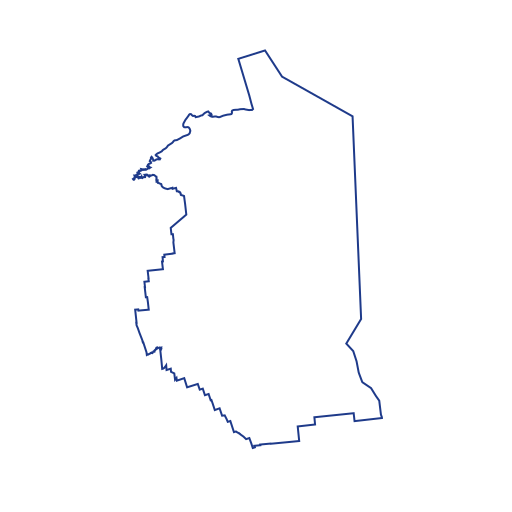 the district of San Justo, Córdoba, Argentina, rotated 342°
{"feature_id": "61730980B4375422681595", "entity_name": "San Justo", "entity_type": "district", "adm_level": 2, "iso_a3": "ARG", "parent_name": "Argentina", "parent_adm1": "Córdoba", "projection": "robinson", "projection_center": [-62.92, -31.204], "detail": "fine", "context": "isolated", "style": "outline", "palette": "blue", "viewbox_px": 512, "rotation_deg": 342, "n_neighbors": 0, "source": "geoboundaries", "source_scale": "gbopen_adm2", "svg_char_len": 6054}
<svg xmlns="http://www.w3.org/2000/svg" viewBox="0 0 512 512"><g transform="rotate(342 256 256)"><path d="M300.1,63.0L299.2,101.4L298.7,110.0L298.6,115.3L297.3,115.9L296.6,115.6L294.5,115.1L291.1,113.3L290.0,112.5L286.3,111.5L284.1,111.3L280.8,110.4L279.6,110.2L278.2,110.4L277.6,111.2L277.4,112.5L276.5,113.4L275.3,113.3L272.3,112.7L268.1,112.4L264.4,112.7L263.3,112.4L262.3,111.8L261.2,111.0L260.1,110.6L257.7,110.2L256.6,109.6L255.8,108.8L255.1,107.8L257.4,107.9L257.3,106.7L256.6,106.2L255.7,105.1L255.3,103.8L254.2,103.7L251.7,104.1L250.4,104.6L248.5,105.6L247.3,105.4L244.9,105.7L241.5,105.3L241.4,104.1L240.5,103.5L239.4,103.4L238.6,102.4L238.2,101.2L237.2,100.6L236.1,100.9L235.2,101.7L232.3,103.8L231.2,104.5L228.5,107.0L227.7,107.9L227.2,109.0L227.0,110.2L227.5,111.3L228.6,111.8L231.0,112.3L231.8,113.1L232.2,114.3L232.3,115.4L232.2,116.7L230.8,118.8L229.7,119.4L228.6,119.7L223.7,119.8L220.1,120.7L216.6,121.3L214.2,120.9L213.1,121.3L212.2,122.0L211.0,122.6L206.3,123.8L205.5,124.5L204.4,125.2L203.3,125.7L200.9,126.2L199.8,126.6L198.8,127.3L196.3,127.8L194.1,128.0L192.9,128.4L191.8,129.0L192.2,130.1L193.2,130.8L193.6,131.9L194.3,132.8L195.1,133.7L194.4,134.4L193.2,134.0L192.2,133.5L191.0,133.4L189.8,133.8L188.6,133.9L187.7,133.6L188.1,132.5L187.8,131.5L187.8,130.4L187.3,129.4L186.4,130.1L186.1,131.2L185.1,132.0L184.3,132.9L185.0,133.9L185.0,135.0L183.7,135.3L182.6,135.3L181.9,135.6L182.0,135.8L181.6,136.2L181.0,136.4L181.0,136.9L180.7,137.0L180.2,137.2L180.3,137.5L180.6,137.8L180.8,137.8L180.8,138.1L181.8,138.5L182.1,138.2L182.3,138.7L182.9,139.2L182.2,139.4L181.7,139.3L181.4,139.6L181.0,139.4L180.5,139.4L177.9,140.0L177.3,139.7L177.6,139.6L177.7,139.4L177.5,139.1L177.3,139.1L177.0,139.3L176.6,139.3L175.8,138.8L175.6,138.9L175.6,139.1L175.8,139.4L175.4,139.3L175.3,138.9L175.1,138.6L174.8,138.5L173.9,137.9L173.7,137.8L173.7,138.1L174.0,138.4L173.9,138.5L174.1,138.9L173.9,139.1L173.0,139.3L172.5,139.2L172.1,139.3L172.1,138.9L171.9,138.8L171.7,138.9L171.3,138.7L171.0,138.7L170.9,139.2L170.6,139.8L170.0,139.9L169.0,139.9L168.9,140.0L169.0,140.9L169.4,141.0L170.4,141.0L170.9,141.8L170.6,141.9L170.2,141.7L169.8,141.6L168.1,141.9L167.4,141.8L166.2,142.2L165.3,141.9L165.4,142.5L165.5,142.7L165.0,143.2L164.6,144.2L164.2,144.7L163.6,145.0L163.3,144.9L163.2,144.6L162.9,144.7L163.0,144.9L162.9,145.2L163.2,145.7L163.5,145.8L164.2,145.4L164.3,145.2L164.2,144.8L165.0,144.3L165.1,143.8L165.6,143.8L166.1,143.6L166.9,144.1L167.9,143.8L168.0,144.1L168.3,144.0L168.3,144.3L168.6,144.5L168.2,145.0L168.2,145.8L168.4,146.0L168.8,145.8L168.9,145.0L169.0,145.0L169.2,145.4L169.5,145.5L169.8,145.3L169.7,144.8L170.0,144.8L170.4,145.1L170.1,145.3L170.1,145.9L170.5,146.1L170.9,145.7L171.2,145.6L171.5,145.3L171.4,145.9L171.7,146.3L171.8,146.5L172.0,146.7L172.4,146.4L172.8,146.4L172.9,146.2L173.4,146.4L173.9,146.2L174.1,146.4L174.4,146.2L174.5,146.4L174.9,146.6L175.0,146.3L175.1,146.2L175.0,145.7L175.1,145.2L175.4,145.5L175.9,145.6L176.0,145.5L176.0,145.2L175.6,144.5L176.0,144.6L176.5,144.5L177.5,144.9L177.8,145.3L178.0,145.8L178.5,146.2L178.3,146.7L178.5,147.1L179.1,147.6L179.3,147.5L179.3,147.3L179.8,147.3L180.0,147.2L179.9,146.9L179.7,146.7L179.8,146.5L180.1,146.7L180.5,146.7L180.9,147.1L182.0,147.1L182.9,146.9L183.3,147.1L183.4,147.3L183.9,147.4L184.3,147.7L185.1,149.0L185.4,149.6L185.8,149.8L185.6,150.6L185.6,150.9L185.5,151.0L185.5,151.4L185.0,152.0L185.0,152.6L184.8,152.7L184.6,153.0L184.7,153.4L185.1,153.9L185.3,154.0L185.5,153.7L185.8,153.7L185.7,154.1L185.5,154.3L184.7,154.3L184.4,154.6L184.7,154.8L184.8,155.2L185.2,155.6L185.3,156.1L185.8,156.1L186.4,157.0L188.1,158.3L188.1,159.2L187.9,160.0L188.0,160.3L188.2,161.0L188.9,162.2L190.1,163.4L191.1,164.1L192.7,165.1L196.2,165.2L196.5,165.4L197.6,165.3L197.5,166.3L201.0,166.5L200.7,170.0L200.9,170.2L202.0,170.4L202.2,170.6L202.5,171.3L203.1,171.3L203.5,172.1L203.4,172.8L203.7,173.1L203.7,173.3L203.4,174.3L203.4,174.7L203.6,174.9L204.9,175.7L206.1,176.7L204.6,184.9L202.5,195.1L183.6,202.9L182.3,209.2L183.7,209.6L182.8,213.7L182.6,215.3L181.6,217.6L179.5,228.2L177.5,227.8L177.4,228.0L169.2,226.4L168.7,228.7L166.8,228.2L165.8,232.4L164.9,232.2L163.4,239.8L148.4,236.6L146.9,244.1L146.7,244.1L146.2,246.9L141.9,246.0L140.8,251.4L140.5,251.3L138.5,261.2L139.8,261.5L138.9,266.6L137.4,273.9L127.3,271.6L127.5,270.4L124.5,269.7L121.8,282.6L121.5,282.5L121.0,285.1L121.3,288.0L121.4,292.9L121.8,299.6L121.9,302.7L121.7,302.7L121.7,303.4L122.1,303.5L122.1,313.7L121.6,316.4L122.2,316.3L122.5,316.0L122.8,316.0L123.3,316.4L123.6,316.2L124.1,316.2L125.0,316.1L125.7,315.7L125.9,315.9L126.2,315.8L126.5,315.9L126.7,315.7L126.9,315.6L127.3,316.1L127.5,316.3L127.8,316.1L127.8,315.9L127.9,315.7L129.0,315.2L129.8,315.6L129.9,315.4L129.7,315.2L129.6,314.9L130.1,314.8L130.5,314.6L130.6,314.4L130.9,314.5L131.2,314.1L131.5,313.9L131.9,314.0L132.1,313.9L132.3,313.3L132.8,313.4L132.7,312.9L132.7,312.7L133.1,312.4L133.8,312.4L133.9,313.1L134.1,313.2L134.6,313.2L135.3,313.3L136.0,313.2L136.3,313.3L136.6,313.7L137.6,313.8L137.1,314.7L137.3,315.0L137.1,315.2L136.7,315.5L136.5,315.9L136.3,315.9L136.1,315.7L135.9,315.6L135.9,315.8L134.0,325.0L131.9,334.4L133.1,334.4L134.0,334.1L135.9,332.9L136.8,332.2L135.7,336.8L140.1,336.8L139.4,339.9L142.0,342.4L140.8,348.6L142.7,347.4L142.2,350.1L150.0,350.0L149.9,359.6L161.1,359.7L161.2,365.7L164.4,365.7L164.4,372.6L168.3,372.6L168.3,379.2L169.1,379.2L169.2,383.2L169.2,389.8L174.3,389.6L174.4,397.4L177.0,397.9L177.6,401.7L177.9,405.0L180.6,405.0L180.6,416.7L182.7,416.7L183.4,417.6L184.4,418.7L185.1,419.2L185.3,419.9L185.8,420.2L186.0,420.8L188.3,423.9L190.0,427.1L193.4,427.1L193.6,432.6L193.6,437.6L195.8,437.6L195.8,436.0L201.6,437.3L201.7,436.6L211.9,438.9L211.9,439.1L231.2,443.4L239.9,445.3L243.0,431.0L260.1,434.5L261.7,427.4L300.3,435.7L298.7,443.5L325.7,449.0L325.9,448.2L325.8,445.5L328.5,431.7L326.8,426.2L324.6,417.2L318.3,409.1L318.1,408.6L317.7,399.7L317.7,398.3L319.1,387.2L319.1,376.5L314.8,367.2L336.5,348.4L391.0,153.0L336.2,93.5L328.1,63.3L300.1,63.0Z" fill="none" stroke="#1e3a8a" stroke-width="2"/></g></svg>